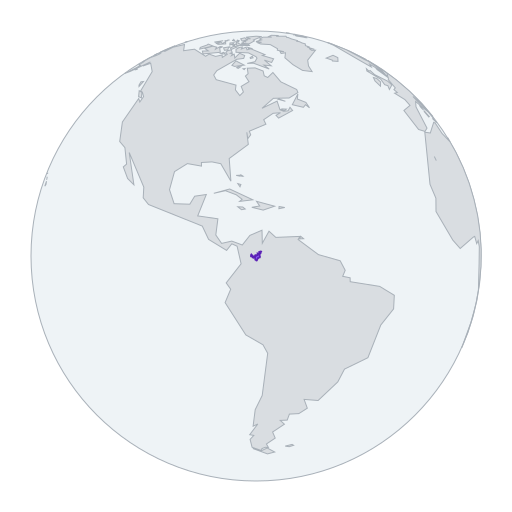 globe centered on Boyacá
{"feature_id": "COL-1315", "entity_name": "Boyacá", "entity_type": "Department", "adm_level": 1, "iso_a3": "COL", "parent_name": "Colombia", "parent_adm1": "", "projection": "orthographic", "projection_center": [-73.321, 5.85], "detail": "fine", "context": "on_globe", "style": "filled", "palette": "violet", "viewbox_px": 512, "rotation_deg": 0, "n_neighbors": 0, "source": "natural_earth", "source_scale": "10m", "svg_char_len": 10070}
<svg xmlns="http://www.w3.org/2000/svg" viewBox="0 0 512 512"><circle cx="256" cy="256" r="225" fill="#eef3f6" stroke="#a8b0b8"/><path d="M237.1,246.2L231.8,243.8L226.6,250.4L208.6,239.4L202.3,226.1L148.5,204.5L143.2,197.8L143.8,187.1L129.2,152.5L133.9,184.8L127.6,178.5L123.3,166.9L126.6,164.1L124.9,147.6L119.7,141.5L122.4,122.0L138.7,98.5L139.8,102.0L143.6,96.6L142.4,92.2L140.7,90.8L152.2,71.6L150.7,63.3L142.9,66.0L150.4,61.9L130.5,71.3L124.9,73.4L135.8,68.0L140.4,65.4L138.9,64.8L143.3,62.1L145.2,60.5L150.6,57.5L156.5,55.4L160.1,53.7L158.9,53.5L163.5,51.0L164.8,51.4L173.1,47.2L184.5,44.5L183.6,50.7L194.5,49.2L205.6,56.3L209.1,54.1L215.6,56.4L222.1,55.0L222.3,57.4L227.3,54.3L225.8,52.5L227.5,50.7L231.2,49.9L232.2,52.5L230.4,53.3L232.6,53.8L231.5,55.6L234.2,54.2L234.8,58.0L239.6,53.3L244.7,55.5L243.7,58.4L236.7,59.3L216.9,70.6L213.7,75.0L216.2,79.7L236.0,85.1L235.4,89.9L239.8,95.6L243.4,92.0L241.2,86.4L249.0,81.7L245.4,76.1L248.1,73.7L247.3,68.2L255.1,67.9L263.1,71.0L264.2,75.8L267.7,77.5L272.9,72.5L280.9,81.9L296.7,89.5L297.9,92.5L289.1,98.0L273.4,98.3L262.0,108.3L277.1,101.1L280.0,109.8L283.7,111.3L288.1,110.8L290.0,107.3L292.6,110.5L278.6,118.1L276.0,115.3L280.5,112.7L273.1,113.3L263.7,119.7L265.9,124.2L249.3,131.2L250.7,134.8L247.8,138.7L246.8,132.3L248.3,144.4L229.2,158.5L230.9,181.2L220.8,163.7L212.0,161.9L201.4,162.5L201.5,166.1L187.4,163.6L174.5,171.6L169.5,189.7L174.1,203.7L189.8,204.2L194.7,196.2L206.3,194.5L197.7,215.9L217.9,218.8L215.8,235.0L221.6,243.4L231.8,241.1L242.3,245.0L249.9,235.4L262.0,230.2L262.3,243.3L269.0,231.2L275.8,237.4L299.9,236.4L298.1,239.5L318.4,254.6L340.2,260.8L345.2,270.3L342.7,276.3L350.1,277.8L350.2,281.7L379.7,286.4L394.3,295.3L393.6,308.9L380.8,325.0L367.9,357.7L344.5,369.1L337.8,381.9L318.1,400.5L304.1,399.4L307.3,408.2L298.8,413.6L289.4,414.1L287.2,420.1L280.2,420.4L284.4,424.2L272.6,432.0L275.2,438.1L266.4,444.0L268.4,447.4L265.3,447.3L261.9,448.6L261.4,450.5L252.1,447.3L250.1,439.4L253.8,435.4L249.7,434.7L257.8,424.0L253.1,426.2L255.2,409.7L262.2,395.5L267.7,353.3L263.0,344.8L245.8,334.9L225.1,302.6L230.7,289.2L226.2,282.9L241.1,263.8L237.1,246.2ZM44.8,186.2L46.5,181.2L46.0,184.4L44.8,186.2ZM47.1,178.1L46.6,179.8L47.0,178.4L47.1,178.1ZM47.2,177.1L47.1,177.9L47.0,177.6L47.2,177.1ZM47.0,176.5L47.1,176.8L47.0,176.5ZM229.7,189.0L252.8,199.8L239.6,201.4L242.1,199.3L236.3,194.8L225.4,190.7L213.8,193.3L229.7,189.0ZM47.4,173.9L47.6,173.1L47.9,172.7L47.4,173.9ZM240.2,176.2L236.2,175.4L240.1,175.2L240.2,176.2ZM139.2,90.7L141.9,92.5L141.4,97.9L138.6,96.6L139.2,90.7ZM141.0,81.8L143.5,81.5L139.0,86.5L139.0,85.1L141.0,81.8ZM136.2,68.9L137.6,69.2L134.7,70.0L136.2,68.9ZM144.5,60.9L142.7,61.8L144.4,60.7L144.5,60.9ZM243.0,68.8L245.1,68.5L244.2,69.6L243.0,68.8ZM240.7,66.8L238.2,68.4L236.7,67.7L238.3,66.8L240.7,66.8ZM154.2,55.2L157.5,53.5L155.2,54.8L154.2,55.2ZM244.2,65.1L234.4,66.4L231.9,65.3L235.9,60.9L244.2,65.1ZM175.1,45.7L167.2,49.0L164.9,50.2L163.6,50.6L160.1,52.2L165.1,49.9L175.1,45.7ZM223.8,52.3L225.5,54.2L220.7,53.5L223.8,52.3ZM220.3,52.3L203.0,53.9L202.4,51.1L208.3,50.9L204.7,48.4L212.8,46.2L216.6,47.1L215.5,49.2L219.5,46.9L220.3,52.3ZM184.9,42.2L187.7,41.3L185.9,41.9L184.9,42.2ZM227.8,49.9L224.4,50.3L223.6,47.8L230.3,46.7L228.4,47.8L227.8,49.9ZM199.7,49.1L200.3,47.4L207.1,45.0L208.2,44.1L213.0,46.0L199.7,49.1ZM230.5,48.0L233.7,46.3L237.5,46.8L231.1,49.5L230.5,48.0ZM220.6,47.7L220.5,46.6L222.7,46.8L220.6,47.7ZM252.6,48.7L248.5,48.7L247.7,47.3L252.6,48.7ZM234.7,45.6L233.4,45.5L232.6,45.1L235.5,44.2L234.7,45.6ZM217.4,44.4L220.1,44.0L215.8,43.5L220.7,42.1L223.0,43.7L224.1,42.4L225.6,42.0L225.7,43.9L217.4,44.4ZM236.1,42.2L240.7,44.4L248.4,44.4L249.4,45.5L236.7,45.4L236.1,42.2ZM230.0,43.0L234.0,42.7L233.1,43.9L229.8,45.0L230.0,43.0ZM223.2,40.7L215.1,42.4L214.9,42.0L223.2,40.7ZM238.5,41.9L237.4,41.4L239.2,41.7L238.5,41.9ZM228.1,40.6L225.3,41.2L225.1,40.7L228.1,40.6ZM237.4,40.1L238.9,40.7L236.7,41.3L237.4,40.1ZM233.3,40.1L233.7,39.4L235.1,41.2L232.1,40.4L233.3,40.1ZM228.4,40.1L227.4,40.0L229.6,40.0L228.4,40.1ZM244.8,37.8L247.0,39.9L242.2,41.1L240.7,38.8L244.8,37.8ZM267.5,453.9L252.8,448.5L261.1,450.9L267.2,448.0L274.7,452.0L267.5,453.9ZM285.2,446.1L292.1,444.4L293.6,445.3L289.2,446.7L285.2,446.1ZM433.0,116.6L427.7,110.4L423.9,106.0L412.9,96.5L417.4,101.2L428.1,110.9L427.5,110.6L433.5,118.3L428.4,112.2L415.6,101.5L416.0,106.9L427.0,128.1L425.0,131.4L418.6,129.5L403.9,110.5L410.0,105.4L404.9,99.6L394.6,93.2L397.3,92.5L393.9,89.6L395.3,87.9L388.3,79.7L388.4,77.8L377.1,69.6L375.6,67.8L382.7,73.0L387.7,76.0L386.9,73.0L384.2,70.9L376.9,66.1L377.6,66.4L370.6,62.2L367.8,60.4L382.5,69.6L396.4,79.9L409.6,91.2L421.8,103.4L433.0,116.6ZM365.9,59.4L365.8,59.6L357.2,55.1L349.7,51.2L346.9,50.1L359.1,56.6L364.0,59.3L368.3,61.3L381.6,70.2L383.8,72.5L369.7,64.2L371.3,67.0L359.7,60.4L333.7,45.3L327.2,42.4L329.8,43.2L348.2,50.5L365.9,59.4ZM461.7,347.9L471.0,322.2L476.0,303.9L478.4,290.7L479.1,263.5L479.3,246.7L478.2,240.6L476.7,243.6L474.7,236.4L473.3,237.1L460.2,248.5L452.8,240.1L436.0,211.5L435.9,198.2L430.0,184.3L424.8,132.2L430.3,133.0L433.7,122.3L435.3,123.2L442.1,133.5L450.4,142.2L447.6,137.5L455.9,152.2L463.1,167.4L469.2,183.2L474.0,199.4L477.7,215.8L480.1,232.6L481.2,249.4L481.0,266.3L479.6,283.1L477.0,299.7L473.1,316.2L468.0,332.3L461.7,347.9ZM434.3,156.5L436.3,160.6L434.3,156.5ZM300.7,236.3L303.6,238.7L299.7,238.9L300.7,236.3ZM237.8,206.8L242.7,207.0L245.2,209.0L241.5,209.7L237.8,206.8ZM279.1,206.5L284.8,207.5L278.9,208.7L279.1,206.5ZM256.5,201.3L274.6,206.2L263.2,210.1L251.8,207.3L259.7,206.0L256.5,201.3ZM237.8,183.6L240.9,184.5L240.0,186.8L237.8,183.6ZM243.1,176.2L241.9,176.4L240.4,174.5L243.1,176.2ZM280.8,109.4L282.0,108.9L286.4,109.1L284.4,110.6L280.8,109.4ZM305.9,102.4L309.5,107.8L305.5,104.7L303.4,107.3L292.3,104.7L297.9,93.9L297.3,99.0L305.9,102.4ZM279.0,99.0L285.4,101.3L278.2,99.3L279.0,99.0ZM373.4,77.5L376.8,78.5L380.6,82.0L380.5,86.2L375.0,81.0L373.4,77.5ZM380.8,79.3L366.9,71.0L366.4,68.7L369.0,71.2L370.1,70.5L374.6,74.6L387.7,81.2L391.9,84.9L389.4,89.5L387.9,85.7L384.7,84.7L380.8,79.3ZM332.2,60.1L326.2,58.1L333.0,55.3L337.8,57.6L338.0,61.4L332.4,61.0L332.2,60.1ZM253.1,57.8L250.4,58.5L250.1,57.6L252.3,56.3L253.1,57.8ZM250.8,48.8L264.9,54.6L262.4,55.5L273.6,58.8L271.6,62.5L264.4,60.1L271.2,65.8L263.9,65.1L269.2,69.0L253.5,63.2L247.2,63.4L255.0,61.7L257.0,58.1L256.0,56.7L248.5,52.9L236.0,52.3L236.0,49.3L239.4,47.4L242.4,47.0L241.4,49.0L246.1,47.2L247.0,49.8L250.8,48.8ZM278.6,35.5L276.2,36.3L285.9,36.2L286.8,37.5L287.9,37.4L291.4,38.9L297.5,40.6L296.9,41.3L299.5,41.7L301.9,42.9L305.3,43.9L305.4,45.6L309.6,47.1L307.2,47.1L314.4,49.3L309.1,48.5L311.7,50.4L315.5,50.2L307.7,60.1L308.5,66.0L312.1,71.6L302.5,70.4L293.0,64.7L284.9,57.8L285.5,52.8L281.1,53.5L280.0,51.5L284.0,51.7L277.3,50.2L277.5,48.7L270.3,44.6L260.6,44.0L257.7,42.8L261.6,42.3L256.0,41.5L261.5,39.9L259.6,39.1L263.0,37.2L271.7,37.2L268.9,36.4L271.4,35.3L278.6,35.5ZM246.0,37.2L256.2,36.2L261.7,36.6L253.4,40.0L254.4,40.9L249.2,43.8L241.3,43.3L243.5,42.4L243.8,41.5L246.2,42.0L244.5,41.0L247.5,39.9L247.0,38.9L250.5,38.8L246.0,37.2ZM432.8,118.9L433.2,118.8L432.9,117.7L436.7,122.8L432.8,118.9ZM424.3,111.7L424.0,110.6L429.3,116.6L428.8,117.0L424.3,111.7ZM419.4,105.3L423.6,110.1L421.1,107.7L419.4,105.3ZM382.0,72.0L381.3,70.9L382.9,72.0L385.4,73.9L382.0,72.0ZM307.4,37.8L305.2,37.6L303.8,37.2L296.2,36.0L294.9,35.2L299.0,35.7L307.4,37.8ZM304.7,36.7L301.7,36.2L302.9,36.2L304.7,36.7ZM293.6,34.7L294.2,34.5L293.9,35.0L293.6,34.7ZM285.9,32.7L289.5,33.2L288.5,33.1L285.9,32.7ZM186.9,41.6L187.6,41.4L185.1,42.2L185.8,41.9L186.9,41.6Z" fill="#d9dde1" stroke="#a8b0b8" stroke-width="1"/><path d="M261.2,251.4L261.3,251.5L261.2,251.6L261.1,252.0L260.9,252.3L260.8,252.5L260.7,253.3L260.6,253.5L260.4,253.6L260.2,253.7L260.0,253.8L259.9,254.0L259.6,254.4L259.5,254.6L259.6,254.8L259.7,255.0L259.8,255.1L259.8,255.3L259.7,255.5L259.6,255.8L259.4,255.9L259.4,256.0L259.8,256.2L260.0,256.3L260.1,256.6L260.1,256.8L260.1,257.0L259.9,257.4L259.7,257.3L259.7,257.2L259.4,257.3L259.0,257.7L258.9,257.9L258.7,258.0L258.4,258.2L258.2,258.0L258.1,257.9L257.9,257.9L257.8,258.0L257.7,258.1L257.5,258.4L257.5,258.5L257.4,258.7L257.4,258.8L257.5,258.8L257.6,259.0L257.5,259.3L257.4,259.4L257.2,259.4L257.1,259.7L257.1,259.8L257.0,260.0L257.1,260.3L257.0,260.5L256.9,260.6L256.7,260.7L256.4,260.6L256.4,260.4L256.2,260.4L256.0,260.2L255.8,260.1L255.7,259.9L255.2,259.8L255.1,259.7L255.2,259.4L255.4,259.1L255.3,258.9L255.2,258.6L255.2,258.4L255.1,258.2L254.9,258.1L255.0,257.9L254.9,257.9L254.7,257.7L254.4,257.4L254.2,257.3L254.2,257.1L253.7,257.4L253.7,257.5L253.3,257.9L253.2,257.8L253.0,257.7L252.8,257.6L252.7,257.5L252.5,257.4L252.4,257.4L252.3,257.2L252.2,257.0L252.1,256.9L252.2,256.7L252.2,256.4L252.1,256.2L251.9,256.1L251.8,256.3L251.7,256.3L251.4,256.3L251.3,256.2L251.2,256.2L251.2,256.3L250.9,256.4L250.8,256.2L250.8,255.9L251.0,255.8L251.0,255.7L251.1,255.4L251.1,255.2L251.0,254.9L251.0,254.7L251.2,254.4L251.3,254.3L251.4,254.5L251.5,254.8L251.6,255.0L251.8,255.2L251.9,255.3L252.0,255.2L252.3,255.2L252.3,255.3L252.4,255.5L252.3,255.8L252.3,256.0L252.5,256.0L252.5,255.9L252.9,255.9L253.0,256.0L253.2,256.3L253.3,256.4L253.4,256.5L253.5,256.5L253.5,256.4L253.8,256.4L253.8,256.5L254.0,256.4L254.4,256.4L254.5,256.4L254.7,256.5L254.8,256.5L254.8,256.4L254.8,256.1L254.9,255.9L254.9,255.7L255.0,255.5L255.0,255.4L255.2,255.2L255.3,255.0L255.5,255.1L255.7,255.3L255.8,255.4L255.8,255.5L255.7,255.6L255.6,255.8L255.4,256.0L255.6,256.3L255.7,256.2L255.8,256.2L255.9,255.9L256.0,256.0L256.3,255.7L256.5,255.4L256.5,255.5L256.8,255.6L257.1,255.6L257.3,255.4L257.6,255.1L257.7,254.9L257.8,254.9L258.0,254.8L258.0,254.6L258.3,254.4L258.2,254.3L258.3,254.3L258.2,254.2L258.3,253.9L258.3,253.6L258.2,253.5L258.2,253.4L258.0,253.2L258.3,253.2L258.4,253.3L258.5,253.4L258.5,253.5L258.8,253.7L259.0,253.5L259.0,253.4L259.0,253.2L259.2,252.9L259.3,252.6L259.3,252.4L259.3,252.2L259.2,251.8L259.3,251.8L259.5,252.0L259.7,251.9L259.8,251.8L259.9,251.7L260.0,251.6L260.3,251.5L260.3,251.4L260.8,251.3L261.0,251.4L261.2,251.4Z" fill="#8b5cf6" stroke="#5b21b6" stroke-width="1.5"/></svg>